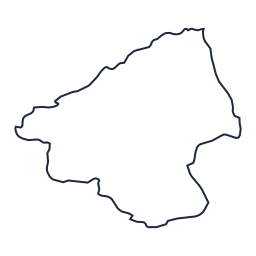 map outline of Elbasan (Robinson projection)
{"feature_id": "ALB-1524", "entity_name": "Elbasan", "entity_type": "County", "adm_level": 1, "iso_a3": "ALB", "parent_name": "Albania", "parent_adm1": "", "projection": "robinson", "projection_center": [20.152, 41.052], "detail": "fine", "context": "isolated", "style": "outline", "palette": "slate", "viewbox_px": 256, "rotation_deg": 0, "n_neighbors": 0, "source": "natural_earth", "source_scale": "10m", "svg_char_len": 2304}
<svg xmlns="http://www.w3.org/2000/svg" viewBox="0 0 256 256"><path d="M218.9,81.4L227.8,93.1L231.7,99.9L232.9,106.6L232.8,111.8L234.5,115.8L239.4,117.9L239.5,118.9L239.7,123.7L240.6,128.2L240.6,129.9L239.8,135.3L238.9,137.0L237.7,137.9L235.2,137.7L226.3,134.7L224.9,134.5L223.8,134.5L222.0,135.3L212.3,140.6L210.4,141.3L209.0,141.6L200.4,144.2L198.9,145.2L197.3,146.9L195.9,150.8L195.3,153.3L194.7,158.0L193.9,161.1L193.3,162.8L187.3,165.6L190.0,173.6L191.5,176.2L199.1,185.3L201.9,189.4L208.4,202.5L204.8,209.3L202.7,212.4L199.5,214.9L195.7,216.4L177.3,218.5L168.0,220.9L166.0,224.2L156.6,227.1L148.8,227.2L146.9,226.5L146.4,225.6L145.4,223.5L143.6,222.3L141.5,222.0L137.9,221.9L135.7,221.4L130.2,219.1L132.5,215.7L130.7,214.4L128.0,213.1L122.4,211.7L119.8,210.2L117.6,208.2L111.8,199.1L109.6,197.4L106.7,196.3L102.8,195.9L99.5,194.9L98.3,194.0L98.3,192.7L99.1,190.0L99.2,188.7L99.0,187.2L98.3,184.5L98.2,183.5L98.3,182.7L99.2,180.6L98.4,179.3L97.7,179.0L95.7,178.3L93.6,178.9L87.7,182.6L68.3,180.5L63.1,182.2L53.3,179.6L51.9,178.6L49.8,176.6L47.6,172.5L47.1,170.7L46.9,169.0L46.9,167.4L48.0,162.2L48.0,160.7L47.4,153.7L47.6,152.7L49.5,149.2L49.8,143.5L46.6,142.3L45.6,142.6L43.7,142.7L42.0,141.8L39.5,140.0L37.1,139.5L28.4,140.1L22.5,138.5L19.0,136.6L17.0,134.3L15.9,131.6L15.5,129.7L15.4,128.5L15.8,126.7L20.9,127.5L21.7,126.8L22.4,125.6L22.5,122.9L22.7,120.7L23.5,117.7L25.5,115.8L31.2,113.2L32.7,111.9L33.5,110.6L34.0,107.5L41.7,106.9L49.1,107.5L53.9,106.7L57.0,105.5L58.1,104.3L58.2,103.6L57.4,103.1L56.0,102.7L55.3,101.9L55.1,101.1L60.9,96.5L72.4,92.1L77.6,91.1L88.3,85.9L90.0,84.5L97.3,76.7L100.3,72.3L103.8,68.4L105.7,67.2L107.2,67.1L108.3,68.0L109.9,68.7L112.0,69.1L113.5,68.7L114.8,67.8L118.6,64.2L120.2,63.2L124.2,62.8L128.2,55.8L133.5,51.5L136.0,50.4L148.9,47.1L150.0,46.1L150.6,45.2L152.1,41.8L153.5,40.3L154.1,40.0L155.0,39.7L156.5,39.3L157.4,38.9L158.3,38.3L159.1,37.4L162.6,34.7L164.4,33.7L166.4,33.0L168.6,32.9L170.8,33.1L173.4,34.1L176.9,34.3L178.9,33.9L180.6,33.3L182.1,32.1L184.5,29.3L185.8,28.8L186.9,29.0L188.0,30.3L188.8,30.1L189.6,29.4L190.5,28.9L191.9,28.8L194.9,29.7L197.9,30.3L201.3,29.2L203.6,28.9L203.0,31.4L203.1,34.4L203.7,38.3L205.0,41.3L210.4,48.5L210.5,48.6L210.4,49.1L211.7,58.0L214.7,69.6L215.8,73.9L218.9,81.4Z" fill="none" stroke="#1e293b" stroke-width="2"/></svg>